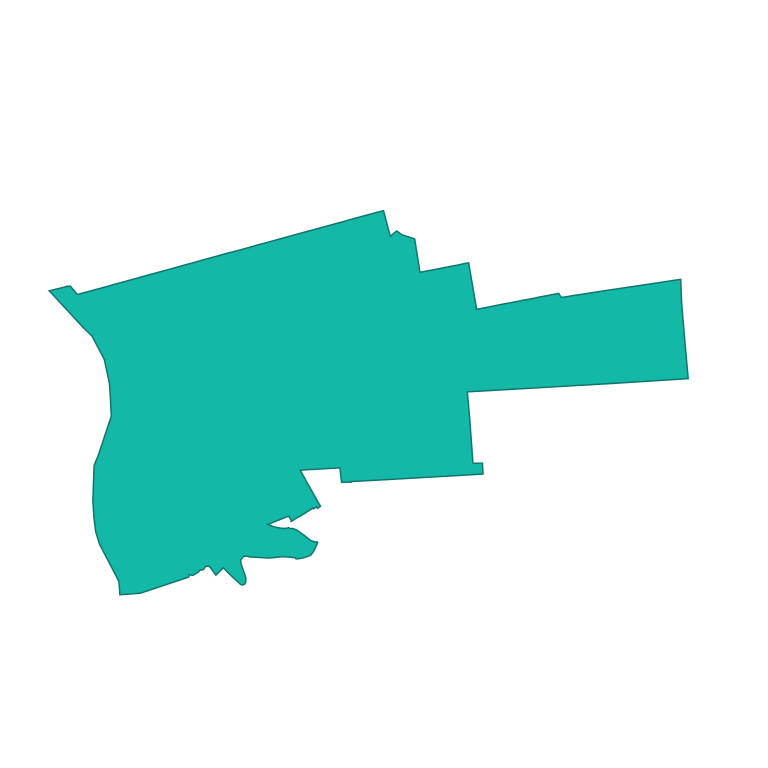 Calarasi, Calarasi, Romania, rotated 79°
{"feature_id": "2599482B19108190485382", "entity_name": "Calarasi", "entity_type": "district", "adm_level": 2, "iso_a3": "ROU", "parent_name": "Romania", "parent_adm1": "Calarasi", "projection": "equal_earth", "projection_center": [27.34, 44.223], "detail": "fine", "context": "isolated", "style": "filled", "palette": "teal", "viewbox_px": 768, "rotation_deg": 79, "n_neighbors": 0, "source": "geoboundaries", "source_scale": "gbopen_adm2", "svg_char_len": 4301}
<svg xmlns="http://www.w3.org/2000/svg" viewBox="0 0 768 768"><g transform="rotate(79 384 384)"><path d="M436.8,84.4L436.3,84.3L408.7,81.5L363.1,76.6L362.0,76.5L337.9,72.8L337.3,86.7L335.6,125.8L334.5,151.0L333.8,168.4L333.7,171.6L333.5,176.1L333.5,178.2L333.4,179.2L333.3,179.8L333.3,180.3L333.3,180.6L333.3,181.4L333.2,184.8L333.2,186.4L333.1,188.8L333.0,190.5L332.9,192.3L332.7,193.5L332.3,193.8L328.5,195.1L328.4,195.2L328.4,197.8L328.4,199.0L328.3,200.3L328.4,201.5L328.4,203.2L328.4,204.7L328.4,206.3L328.4,208.6L328.3,210.3L328.4,211.9L328.3,213.4L328.3,216.0L328.4,219.4L328.4,221.1L328.4,225.0L328.4,226.6L328.3,228.3L328.3,231.8L328.4,241.6L328.3,250.9L328.3,259.4L328.4,263.8L328.4,265.1L328.4,275.5L328.4,278.8L317.4,278.6L281.2,277.8L281.1,280.7L281.2,285.0L281.2,285.3L281.3,286.4L281.3,290.1L281.3,293.2L281.3,295.2L281.3,298.3L281.2,301.8L281.3,304.8L281.3,308.6L281.3,312.9L281.2,319.1L281.3,323.6L281.2,326.3L281.2,327.4L247.4,326.2L241.1,337.7L236.2,342.3L240.0,349.3L239.5,349.6L238.7,349.6L236.9,349.9L213.8,351.4L214.2,359.3L214.6,364.3L215.2,372.7L215.6,378.1L215.7,379.9L215.8,381.0L216.0,382.4L216.2,386.3L216.6,389.9L216.8,392.5L217.0,395.5L217.4,401.0L217.7,404.4L218.0,409.1L218.7,417.7L219.1,423.4L219.2,424.8L219.3,426.3L219.4,429.0L219.9,434.6L220.5,443.0L221.2,451.5L221.7,458.7L222.5,467.8L222.9,473.8L223.1,477.0L223.5,482.8L223.9,486.3L225.3,505.0L225.6,510.4L225.5,511.2L225.8,513.2L226.2,519.4L226.7,524.9L227.1,530.5L227.7,538.7L228.1,542.9L228.3,545.1L228.7,549.9L228.9,553.8L229.4,559.6L229.7,563.5L230.2,569.8L230.6,574.4L230.9,579.6L231.0,580.4L231.1,581.9L231.3,584.3L231.6,587.9L231.7,590.6L232.0,594.4L232.5,600.6L232.7,602.3L233.1,608.0L233.2,609.4L233.3,610.9L233.5,613.3L233.7,615.4L234.0,619.0L234.1,620.5L234.3,623.8L234.7,629.2L235.0,632.8L235.3,635.3L237.6,668.0L232.8,670.6L228.0,673.2L228.0,674.3L227.5,676.5L227.8,677.2L228.4,689.1L228.7,694.8L228.8,694.7L229.3,694.4L230.3,693.8L233.0,692.1L240.0,687.8L249.0,682.2L253.7,679.3L262.3,674.0L271.4,668.4L280.5,662.0L281.2,661.5L292.8,658.0L306.4,653.9L331.1,653.4L339.9,654.5L359.4,657.2L363.3,657.7L388.5,671.9L399.2,677.9L408.6,684.1L425.8,688.1L443.2,692.1L459.4,694.2L473.8,695.2L487.1,693.8L499.2,690.2L515.3,685.4L527.3,681.9L531.6,682.4L538.4,683.2L540.5,683.5L540.5,683.4L542.1,669.8L542.9,663.0L540.6,645.7L536.3,612.6L533.9,611.6L535.3,608.7L535.3,607.8L534.8,606.6L533.8,603.6L533.3,602.2L533.0,601.7L531.7,600.6L531.8,597.2L531.6,596.5L530.0,594.9L528.9,593.6L529.6,590.6L531.6,589.1L539.6,585.5L533.8,576.8L543.9,570.0L551.9,564.1L552.5,563.8L553.4,562.9L554.1,562.0L554.2,560.0L553.8,558.8L552.8,557.9L550.6,557.2L547.9,556.6L532.9,558.7L529.2,558.2L526.6,555.0L526.5,552.8L527.1,550.9L528.3,548.4L531.6,535.0L532.8,530.6L533.3,526.3L534.0,518.0L534.7,514.3L537.6,504.2L538.0,504.0L538.7,503.9L539.1,502.7L539.2,500.9L539.3,498.8L539.3,496.6L539.1,494.9L538.5,490.8L538.1,489.2L537.9,488.4L537.3,487.8L536.0,486.1L532.6,483.1L527.4,479.7L526.7,479.3L526.6,479.5L526.3,480.1L525.9,481.4L525.8,481.6L525.6,482.3L525.2,483.0L524.9,483.7L524.4,484.8L524.0,485.4L522.9,486.6L522.5,486.6L521.0,488.2L519.9,489.0L520.0,489.1L518.6,490.2L518.2,490.6L517.7,491.0L517.2,491.1L516.1,492.4L514.7,493.8L512.8,495.4L512.5,495.9L510.8,497.3L510.6,497.8L509.1,499.9L508.6,500.9L508.4,501.4L508.3,502.1L508.1,503.1L507.7,504.0L506.9,505.0L506.8,505.5L507.1,506.3L506.9,507.1L506.9,508.0L506.6,510.3L506.0,512.2L505.6,513.6L505.2,514.5L504.0,517.4L503.8,517.6L503.3,519.1L499.7,524.9L496.1,506.0L495.6,503.4L495.7,502.6L500.9,501.0L501.0,501.1L501.0,500.7L500.9,500.6L500.0,498.2L497.6,492.0L497.9,491.9L492.2,477.3L493.0,477.0L492.2,474.8L491.7,473.5L492.8,473.2L493.1,473.0L493.3,473.0L492.9,472.0L492.7,471.6L492.5,471.0L492.2,470.3L492.0,469.7L491.8,469.8L491.1,470.0L490.5,470.2L490.2,470.3L489.8,470.5L489.5,470.6L489.1,470.7L488.6,470.9L487.4,471.3L487.1,471.4L486.3,471.6L472.7,476.1L464.8,478.8L463.0,479.3L453.8,482.3L452.7,482.6L453.5,475.5L453.8,473.6L457.9,443.3L472.4,444.4L474.1,434.7L473.5,434.6L476.3,414.7L478.7,397.3L480.9,381.1L486.8,337.4L488.4,325.5L491.3,304.0L480.5,302.5L478.8,311.8L478.6,311.8L457.1,309.2L435.5,306.6L407.6,303.7L410.2,284.6L414.2,255.1L418.2,225.3L427.6,155.4L432.2,119.8L435.2,96.6L436.8,84.4Z" fill="#14b8a6" stroke="#0f766e" stroke-width="1.5"/></g></svg>